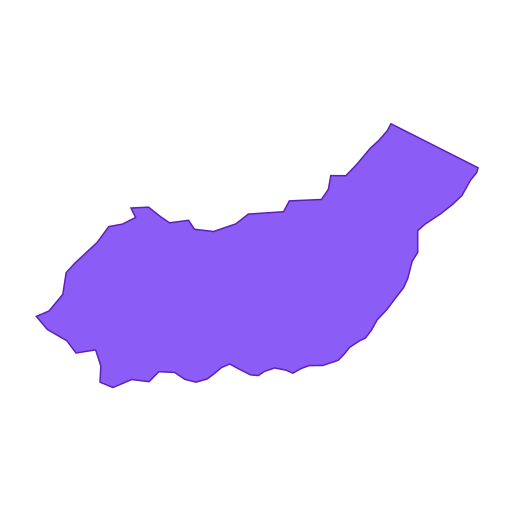 Prastio Lefkosias, Cyprus, rotated 95°
{"feature_id": "46923920B44664776517554", "entity_name": "Prastio Lefkosias", "entity_type": "district", "adm_level": 2, "iso_a3": "CYP", "parent_name": "Cyprus", "parent_adm1": "", "projection": "albers", "projection_center": [32.934, 35.176], "detail": "fine", "context": "isolated", "style": "filled", "palette": "violet", "viewbox_px": 512, "rotation_deg": 95, "n_neighbors": 0, "source": "geoboundaries", "source_scale": "gbopen_adm2", "svg_char_len": 1121}
<svg xmlns="http://www.w3.org/2000/svg" viewBox="0 0 512 512"><g transform="rotate(95 256 256)"><path d="M335.3,469.6L347.4,457.5L356.9,437.1L368.3,426.8L363.5,407.6L379.1,401.0L395.3,400.4L399.5,387.1L389.9,369.1L390.5,351.6L379.7,342.6L379.1,326.9L385.1,316.1L386.9,304.7L382.7,293.8L376.7,287.2L370.1,280.6L365.9,272.8L370.1,263.1L374.9,251.1L374.9,243.3L370.1,237.3L365.9,227.6L367.1,216.2L369.5,209.0L364.1,201.1L360.5,193.3L359.3,180.1L352.7,165.0L346.1,159.6L338.9,154.8L331.5,145.6L328.2,139.8L319.7,134.5L309.2,129.8L297.6,120.7L286.3,113.7L274.7,106.2L265.3,102.9L248.9,100.2L247.9,100.1L238.3,95.2L216.7,97.1L209.6,90.4L197.6,75.4L187.4,64.6L177.8,56.1L161.7,48.9L153.9,43.5L148.8,42.4L112.5,133.1L119.7,136.1L130.5,144.0L138.9,151.7L156.2,163.8L168.2,173.5L169.4,188.5L183.2,189.7L194.0,195.7L198.2,227.6L209.5,232.4L212.5,251.7L214.9,267.3L225.7,278.8L235.3,300.4L234.7,319.7L226.3,326.3L230.5,345.0L225.1,354.6L216.7,367.3L219.1,384.7L228.1,379.3L235.9,391.9L239.5,405.2L256.3,415.4L279.0,435.9L289.2,443.7L311.0,445.1L328.8,457.4L335.3,469.6Z" fill="#8b5cf6" stroke="#5b21b6" stroke-width="1.5"/></g></svg>